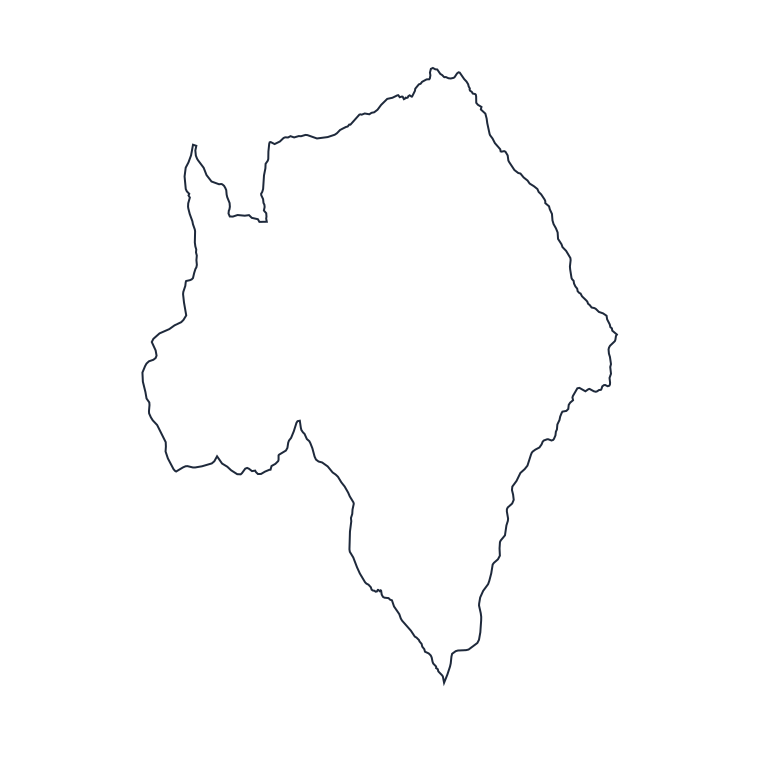 Cácota, Norte de Santander, Colombia, rotated 351°
{"feature_id": "7082276B39579248859745", "entity_name": "Cácota", "entity_type": "district", "adm_level": 2, "iso_a3": "COL", "parent_name": "Colombia", "parent_adm1": "Norte de Santander", "projection": "equal_earth", "projection_center": [-72.647, 7.261], "detail": "fine", "context": "isolated", "style": "outline", "palette": "slate", "viewbox_px": 768, "rotation_deg": 351, "n_neighbors": 0, "source": "geoboundaries", "source_scale": "gbopen_adm2", "svg_char_len": 6138}
<svg xmlns="http://www.w3.org/2000/svg" viewBox="0 0 768 768"><g transform="rotate(351 384 384)"><path d="M621.8,371.6L617.8,367.0L617.8,364.7L616.5,363.3L616.3,360.5L614.5,355.0L614.5,351.4L611.4,348.5L607.5,346.4L605.0,343.0L603.8,342.0L601.0,340.9L599.6,338.3L598.1,336.6L597.7,334.5L597.0,333.3L593.3,328.4L592.3,325.4L591.2,324.7L589.8,322.7L589.7,320.0L588.3,317.6L587.4,314.5L587.4,311.7L586.2,310.0L585.8,308.7L585.8,299.9L586.0,297.1L587.7,290.9L587.8,288.7L584.7,281.0L581.7,276.7L581.2,273.8L578.6,267.9L579.2,261.5L578.2,257.2L576.5,252.6L576.0,248.8L576.5,242.3L575.1,237.4L574.8,234.3L571.6,230.6L571.9,228.6L571.5,227.0L568.9,221.3L566.8,218.5L566.0,215.4L563.0,212.1L559.2,208.8L557.6,205.5L554.2,201.8L551.7,197.5L549.6,196.6L546.3,193.1L542.3,184.3L541.8,182.8L541.9,177.6L540.3,173.6L539.1,172.8L536.5,172.9L535.6,172.5L535.5,170.3L531.2,163.4L529.6,158.5L527.7,154.9L527.4,153.5L526.8,142.6L526.9,137.9L526.4,132.8L522.6,128.0L523.6,125.6L520.4,122.9L519.1,120.7L520.0,114.3L519.9,112.5L519.4,111.9L517.1,111.0L516.4,109.2L514.9,107.8L514.6,106.6L515.0,105.5L514.2,103.5L514.0,101.1L512.8,98.2L510.9,95.4L507.5,88.3L506.4,87.8L504.7,88.7L501.8,91.9L500.7,92.5L497.7,92.7L495.5,92.1L493.1,90.5L491.6,90.4L491.1,89.9L489.9,88.1L488.1,86.5L485.8,81.7L483.9,81.2L481.7,79.5L479.6,80.1L478.1,83.6L478.1,86.4L477.1,89.3L476.4,90.1L473.7,89.8L468.9,91.5L467.1,93.2L465.3,93.5L461.1,97.2L460.4,99.3L456.7,104.5L456.2,104.5L454.5,102.9L453.1,103.5L452.2,104.8L451.0,105.0L450.2,104.6L449.2,105.5L448.2,105.8L447.4,103.2L446.8,102.9L444.4,103.2L443.3,101.0L442.3,101.0L437.1,102.6L431.8,102.9L424.8,107.9L420.5,112.1L416.8,114.1L414.1,114.2L411.7,115.3L407.3,113.8L404.1,114.5L403.0,114.0L401.8,114.1L391.4,122.6L390.3,122.3L388.4,124.0L386.5,124.2L380.4,126.2L376.7,129.0L374.3,130.1L367.0,131.3L356.2,131.0L347.3,126.2L345.4,125.7L340.8,126.3L338.6,125.8L333.8,126.4L330.4,124.6L327.8,125.5L325.0,124.9L323.3,125.3L319.1,128.2L313.5,129.9L309.9,127.3L308.9,127.4L308.2,128.8L306.2,136.3L304.9,143.7L304.1,145.3L301.5,148.0L300.6,152.4L298.1,159.2L295.1,172.5L293.8,175.2L292.4,176.9L292.3,178.3L293.5,182.5L293.3,186.3L293.9,188.2L293.8,190.5L292.5,193.9L294.4,196.9L294.1,200.3L293.5,202.2L293.6,205.4L286.3,204.4L285.2,201.5L279.4,199.2L277.1,196.1L272.8,196.0L265.8,194.2L260.9,195.0L257.9,194.4L257.1,191.3L257.9,188.4L258.6,187.5L259.5,184.8L259.8,181.1L258.4,175.0L258.2,172.4L258.5,167.8L257.9,165.5L257.0,163.2L255.5,161.5L254.5,161.0L252.3,160.9L245.3,157.0L241.4,149.9L239.7,142.2L235.3,133.9L234.6,132.2L233.9,129.0L234.2,123.8L235.9,119.4L232.8,117.8L229.2,128.0L225.5,134.6L222.0,139.3L219.5,147.8L218.7,160.4L219.4,162.9L221.4,165.7L220.4,167.2L221.4,169.5L218.9,174.9L218.2,178.2L218.2,180.1L218.7,185.6L220.2,193.3L220.3,196.3L221.3,201.8L221.3,203.7L219.3,214.6L219.2,218.6L219.6,221.8L218.9,224.6L219.2,227.9L218.1,232.3L217.8,237.1L216.9,239.5L215.8,240.8L213.9,244.6L211.9,249.5L210.4,250.6L208.5,251.1L204.7,251.3L204.1,252.4L203.1,256.0L200.2,261.6L199.6,263.8L199.2,272.2L199.4,285.3L195.9,289.4L193.4,291.2L186.3,293.3L180.5,296.2L170.2,298.9L163.3,303.3L161.2,306.2L163.7,315.1L163.8,320.4L162.5,322.6L160.0,324.0L155.4,324.8L152.6,326.7L150.8,329.0L147.2,334.9L146.2,344.0L147.1,354.6L147.2,361.2L149.3,365.5L149.1,368.1L147.6,374.1L147.4,376.3L148.5,380.4L149.9,383.7L153.5,389.0L159.3,407.3L158.8,411.6L157.7,416.5L158.9,423.7L162.8,435.2L164.0,437.1L165.0,437.9L172.5,434.9L175.2,434.2L177.1,434.4L182.1,436.5L184.4,436.9L191.4,436.8L201.5,435.5L204.3,433.8L207.8,429.3L211.6,437.2L216.3,441.2L219.5,445.3L224.9,450.1L228.3,450.8L229.7,449.9L233.7,445.9L235.7,445.5L237.4,446.6L240.0,449.4L243.2,449.4L243.7,450.9L245.4,453.2L248.5,453.6L252.8,451.9L257.3,450.8L258.5,450.9L260.1,447.4L264.2,445.9L267.4,443.6L268.0,442.4L268.7,438.0L269.3,437.4L276.7,434.4L278.6,432.0L280.2,427.0L281.3,425.0L283.8,422.7L287.5,416.6L291.5,408.6L292.8,407.2L295.1,407.1L295.0,414.2L295.2,416.5L296.4,419.1L297.7,420.8L299.2,426.3L301.3,428.8L302.0,430.9L303.2,436.3L304.1,444.9L305.0,448.0L307.2,450.3L310.6,451.8L315.5,456.6L319.4,463.3L322.1,465.9L324.0,468.4L326.5,474.5L329.1,479.1L331.6,485.7L332.6,489.6L335.3,496.2L335.4,497.6L333.3,503.0L332.3,507.4L330.4,511.2L330.2,514.5L327.3,524.4L324.0,541.9L324.0,544.4L326.5,550.5L328.7,560.9L330.5,567.4L334.3,576.9L335.4,578.4L337.3,579.8L339.2,582.7L339.6,585.2L340.8,586.3L342.2,586.7L343.2,587.8L344.5,587.8L345.7,586.4L346.2,586.5L347.4,588.0L348.5,587.3L348.8,587.7L348.8,591.7L349.7,594.1L351.0,595.1L355.0,596.2L356.3,598.0L358.0,598.9L359.1,605.3L363.1,613.7L363.9,618.2L364.8,620.5L372.0,631.9L374.9,638.3L376.4,639.5L378.5,642.4L378.8,643.8L380.5,646.6L380.7,649.4L382.3,652.2L382.6,654.8L386.0,657.1L387.7,659.4L388.3,661.5L388.5,665.9L388.9,667.8L391.2,671.1L391.3,671.9L391.0,672.7L392.5,674.1L392.7,676.4L396.0,681.1L396.4,682.3L396.6,688.5L401.2,680.8L405.0,673.4L406.2,670.4L408.0,663.7L409.1,661.1L413.0,659.1L415.3,658.8L423.4,659.7L426.0,659.5L435.7,654.4L437.8,651.5L440.3,644.3L443.0,632.6L443.6,629.2L443.7,625.5L443.2,617.7L443.6,615.8L445.6,609.9L449.6,603.8L455.5,598.0L457.2,594.9L460.3,587.8L463.1,579.3L464.6,577.8L469.1,575.0L471.6,571.7L472.4,564.5L473.8,558.3L474.8,556.8L479.8,552.4L482.8,542.8L484.9,538.6L485.5,536.4L485.4,529.1L485.8,526.9L486.9,525.3L491.9,522.1L494.0,518.7L494.2,513.5L493.8,508.7L494.7,505.4L499.7,500.5L504.8,493.2L509.6,490.1L512.9,487.1L518.1,476.8L519.2,475.0L520.3,474.0L523.2,472.5L527.6,471.0L530.2,468.3L531.7,465.8L533.0,464.8L536.6,464.1L537.6,464.3L540.6,466.0L542.3,465.7L543.2,464.9L545.3,461.6L546.3,458.0L547.7,455.9L548.9,451.1L551.7,447.0L552.9,443.8L554.8,440.6L555.9,439.2L559.9,439.1L562.1,437.5L563.2,433.5L565.0,431.5L568.2,429.6L568.0,426.8L568.7,425.4L574.3,418.5L576.4,418.4L581.8,422.7L585.1,421.1L586.2,421.0L590.1,424.0L592.0,424.8L593.3,424.6L595.4,423.6L597.3,423.7L598.1,422.8L599.2,420.5L601.1,419.5L602.3,419.6L604.6,421.2L606.3,420.9L607.1,419.8L607.5,418.1L607.7,413.3L609.8,409.4L610.1,402.6L611.3,399.9L611.4,392.6L610.9,389.2L611.2,385.0L611.9,383.3L613.2,381.6L618.7,377.8L619.5,376.4L620.6,372.9L621.8,371.6Z" fill="none" stroke="#1e293b" stroke-width="2"/></g></svg>